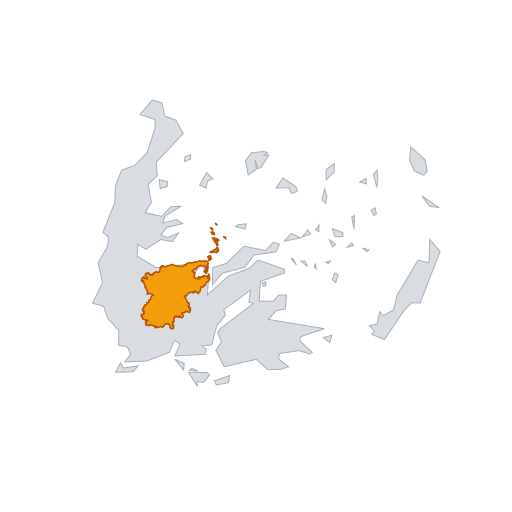 location of Thessalias, Thessalia, Greece, rotated 297°
{"feature_id": "26713481B23289270995723", "entity_name": "Thessalias", "entity_type": "district", "adm_level": 2, "iso_a3": "GRC", "parent_name": "Greece", "parent_adm1": "Thessalia", "projection": "orthographic", "projection_center": [22.955, 39.583], "detail": "fine", "context": "in_parent", "style": "filled", "palette": "amber", "viewbox_px": 512, "rotation_deg": 297, "n_neighbors": 0, "source": "geoboundaries", "source_scale": "gbopen_adm2", "svg_char_len": 9832}
<svg xmlns="http://www.w3.org/2000/svg" viewBox="0 0 512 512"><g transform="rotate(297 256 256)"><path d="M329.4,88.4L347.9,92.8L349.9,102.6L339.3,111.1L340.7,122.9L332.0,135.5L294.2,124.5L282.7,131.5L270.8,127.3L256.3,138.5L244.3,137.5L248.4,153.7L261.4,158.0L266.5,166.8L250.1,156.6L243.2,158.1L252.3,168.7L251.6,176.0L240.8,163.4L231.8,161.5L232.1,168.8L241.3,176.5L230.8,175.0L227.6,163.8L211.9,154.8L212.9,145.4L201.9,150.1L200.4,172.7L228.4,215.2L221.7,218.9L222.0,211.2L212.8,208.8L209.7,211.1L211.5,215.5L214.5,222.4L218.4,222.0L199.3,230.4L225.6,240.6L242.3,255.7L253.3,259.5L257.1,287.3L253.8,289.0L235.4,271.5L217.3,279.3L223.6,292.0L231.4,293.9L235.0,300.8L222.2,306.1L216.5,298.8L205.1,295.8L222.2,349.8L204.7,332.7L200.4,333.4L195.6,349.8L193.2,348.4L191.2,337.2L179.6,321.0L174.7,322.8L172.1,335.3L166.0,329.0L160.1,318.2L164.1,303.1L142.8,277.9L153.9,263.0L163.8,264.2L170.3,256.8L175.3,257.2L212.7,275.3L211.7,270.7L223.0,266.6L193.5,251.6L189.5,255.6L175.8,252.7L156.7,256.9L151.4,248.6L150.2,254.2L145.5,255.5L130.1,229.1L143.3,228.3L143.7,221.7L130.7,222.5L112.8,206.3L102.0,187.0L111.3,188.9L116.6,182.9L114.1,174.1L127.4,167.6L133.4,151.6L142.0,143.0L139.8,131.8L162.6,131.3L178.3,118.5L196.9,119.3L205.5,116.4L207.8,108.8L239.3,106.0L254.8,98.9L271.8,97.4L281.5,106.9L299.3,112.1L324.1,108.0L331.8,104.1L329.4,88.4ZM250.1,394.6L262.7,391.5L260.5,396.4L270.4,403.0L285.1,399.5L325.8,402.2L328.6,413.3L349.6,403.1L343.8,417.9L288.7,423.6L284.9,416.0L275.0,412.7L239.8,408.4L238.8,394.7L242.9,395.7L245.5,388.7L250.1,394.6ZM225.7,222.3L236.0,233.0L259.3,241.0L265.3,262.0L276.5,265.4L277.2,271.7L268.7,271.9L256.1,253.8L241.0,251.3L225.5,233.7L210.8,230.3L225.7,222.3ZM345.9,205.1L352.8,215.7L353.2,219.5L349.4,217.5L351.8,221.4L337.0,220.4L334.8,217.8L341.0,211.8L333.5,217.1L324.6,212.3L336.5,203.3L345.9,205.1ZM409.2,370.0L404.1,368.9L403.6,358.4L411.0,349.4L423.4,344.4L418.6,362.8L409.2,370.0ZM335.8,260.4L332.2,263.3L327.9,259.4L331.6,253.8L325.6,243.1L337.8,244.4L335.8,260.4ZM121.7,248.6L130.0,265.2L128.9,268.7L119.7,266.7L117.1,260.3L113.2,262.9L121.7,248.6ZM104.5,200.8L97.1,199.1L88.6,183.7L99.2,183.8L96.1,188.9L104.5,200.8ZM308.0,174.1L305.2,182.8L301.0,178.7L293.9,180.9L293.6,173.6L308.0,174.1ZM364.9,279.3L374.1,283.9L366.0,287.5L355.6,284.0L364.9,279.3ZM282.3,143.5L277.5,145.3L272.5,140.1L280.0,135.1L282.3,143.5ZM126.0,275.6L137.5,286.8L130.6,288.8L123.1,279.2L126.0,275.6ZM316.2,322.7L312.8,324.7L308.9,317.8L315.1,311.5L316.2,322.7ZM292.0,277.1L292.5,287.6L282.0,274.5L292.0,277.1ZM384.8,376.7L382.2,397.1L379.1,387.9L384.8,376.7ZM127.7,240.7L121.5,243.3L127.2,230.5L127.7,240.7ZM219.8,359.7L212.3,361.0L213.9,353.0L219.8,359.7ZM372.0,332.5L382.1,323.6L387.6,324.8L379.8,329.7L372.0,332.5ZM334.4,294.4L336.4,289.1L346.7,286.8L341.2,292.2L334.4,294.4ZM303.8,314.1L302.6,321.9L298.8,319.8L303.8,314.1ZM302.8,290.4L300.2,294.6L293.8,288.3L302.8,290.4ZM280.2,232.7L275.1,233.8L272.8,224.4L275.9,226.2L280.2,232.7ZM316.7,151.9L312.5,153.3L307.7,149.4L312.1,147.7L316.7,151.9ZM276.6,333.7L276.5,337.6L268.4,339.1L269.6,334.8L276.6,333.7ZM336.8,325.3L324.3,331.2L334.2,323.6L336.8,325.3ZM270.6,290.1L266.3,296.1L269.7,288.5L270.6,290.1ZM312.3,298.0L306.3,301.0L306.4,297.2L312.3,298.0ZM353.0,340.3L348.0,344.2L345.5,342.5L349.3,337.8L353.0,340.3ZM375.0,318.8L370.4,321.8L368.9,314.9L375.0,318.8ZM273.9,301.9L270.0,306.6L271.9,298.7L273.9,301.9ZM127.0,249.9L127.1,256.4L124.0,248.4L127.0,249.9ZM311.1,335.2L309.5,338.1L305.2,333.3L311.1,335.2ZM245.7,218.1L241.3,219.1L238.5,213.5L245.7,218.1ZM237.3,276.8L234.0,278.0L232.2,276.6L234.7,273.6L237.3,276.8ZM276.0,312.6L271.9,315.6L272.5,312.9L276.0,312.6ZM311.5,347.2L312.7,353.8L310.1,352.9L311.5,347.2ZM285.4,324.4L282.0,323.9L282.1,320.9L285.4,324.4Z" fill="#d9dde1" stroke="#a8b0b8" stroke-width="1"/><path d="M182.4,165.0L182.7,165.5L182.7,166.3L182.0,165.6L181.6,165.9L181.4,166.4L181.9,167.2L181.3,167.9L180.8,168.8L178.9,170.6L178.8,171.3L177.8,171.4L177.9,172.2L176.6,172.9L176.4,174.0L176.1,174.7L175.4,175.2L174.6,175.2L174.4,175.9L173.6,176.5L172.8,176.4L173.1,177.1L173.9,177.2L174.5,178.1L174.5,178.6L174.2,179.1L174.5,179.6L174.9,181.1L174.6,181.9L174.5,181.7L171.6,181.1L169.9,181.9L169.0,181.3L168.2,181.4L168.0,180.7L167.3,180.5L166.6,181.3L165.7,181.4L164.9,180.8L164.8,180.2L164.6,180.5L163.5,180.6L163.0,180.4L162.2,179.4L161.1,179.7L159.9,179.0L158.4,179.6L158.0,179.0L156.8,179.4L156.4,179.2L155.6,180.2L156.1,180.4L155.8,181.1L156.0,181.4L155.2,181.8L154.8,181.8L154.5,182.3L154.1,182.3L153.9,181.9L152.7,182.3L152.3,181.5L152.1,180.4L151.0,181.3L150.5,181.0L150.0,181.2L150.0,182.0L149.4,183.1L149.5,183.4L149.0,183.6L148.7,183.4L148.6,183.6L148.5,184.7L148.8,186.0L148.4,187.2L148.8,187.1L149.3,187.5L149.2,188.1L149.5,188.3L149.4,188.9L148.8,188.9L148.5,188.3L147.9,188.3L147.6,187.9L146.8,188.1L146.2,187.8L145.9,188.6L145.4,188.7L145.2,189.3L144.5,189.4L144.5,190.1L145.7,191.2L145.4,192.1L145.6,192.7L146.7,192.8L146.8,193.2L147.4,197.5L146.9,197.8L146.5,198.6L147.1,198.8L147.8,198.6L147.8,199.5L147.0,199.8L147.3,200.4L148.3,201.7L149.7,202.7L150.1,203.8L149.9,204.7L151.2,205.7L154.4,205.9L154.7,206.4L154.8,207.1L155.1,207.2L155.3,207.7L155.3,208.6L155.8,208.8L155.7,209.4L155.1,210.5L154.4,211.2L154.0,211.3L153.8,211.6L153.4,211.8L153.3,212.3L152.8,212.8L152.8,214.0L153.5,214.5L153.6,214.9L154.5,215.3L155.6,214.7L156.5,214.0L156.4,213.3L157.0,213.5L157.2,212.9L158.5,212.3L158.7,211.8L160.3,212.8L160.8,212.7L160.9,212.1L161.4,211.7L162.7,211.6L163.7,210.9L164.0,211.5L165.6,211.1L165.8,212.1L166.3,212.3L165.7,212.8L166.1,214.6L167.8,214.8L167.4,215.4L167.4,216.1L166.9,216.2L167.3,217.4L167.2,217.9L168.6,218.0L168.8,218.6L170.2,217.8L170.6,217.4L170.4,216.8L170.9,216.6L171.2,216.0L172.1,216.1L172.7,217.0L172.7,217.6L173.5,217.6L173.7,218.4L174.9,218.7L175.3,219.6L175.2,220.7L175.6,222.4L177.1,221.8L177.8,222.3L178.3,221.5L178.6,221.6L179.9,221.2L179.4,220.8L179.2,219.7L180.1,219.5L180.5,218.4L181.1,219.2L182.1,218.8L182.7,218.2L183.9,217.6L183.3,216.0L184.5,215.2L184.8,214.4L185.5,213.8L186.4,212.0L187.1,211.6L187.1,211.1L187.3,211.1L187.2,210.8L187.5,210.4L187.8,210.3L188.2,210.9L188.6,212.1L192.6,212.6L193.1,213.1L193.2,214.0L194.5,214.7L194.9,215.6L194.5,216.6L194.7,217.0L195.1,217.2L195.9,216.7L196.4,217.4L196.9,217.4L196.3,218.2L196.6,218.6L196.4,219.1L196.8,219.3L196.8,220.9L196.4,221.5L197.2,221.5L198.3,222.0L199.6,222.1L200.6,222.0L201.5,221.4L202.3,221.4L203.0,221.2L203.8,221.5L203.8,222.2L204.6,223.0L205.6,223.2L206.1,223.0L206.6,223.9L210.3,223.9L210.7,223.7L211.4,224.9L213.2,225.4L214.6,225.1L215.7,224.3L215.8,223.9L216.5,223.8L216.8,223.1L218.0,222.9L218.4,222.2L217.1,222.1L214.3,223.5L214.4,222.3L215.5,222.1L215.6,220.5L214.9,219.5L215.0,218.9L214.2,218.0L213.4,217.5L213.6,218.3L212.9,218.3L212.3,215.8L212.0,215.5L211.5,215.5L211.6,214.6L210.9,214.8L211.1,215.6L210.6,216.3L210.1,216.3L209.0,213.7L208.7,211.7L209.0,210.2L210.9,209.6L211.8,209.7L213.7,209.1L213.0,208.1L213.7,207.0L213.1,206.7L213.2,206.2L213.5,206.1L214.7,206.7L215.6,206.6L216.3,207.4L216.6,208.3L218.0,208.5L218.7,208.3L220.4,208.9L222.1,210.4L222.8,211.6L222.6,212.3L223.2,213.7L224.1,214.6L224.3,215.2L223.9,216.1L223.9,216.6L223.5,216.7L223.1,216.1L222.6,216.2L222.6,217.6L222.3,217.7L221.6,217.4L221.5,217.5L221.8,218.0L221.2,217.9L219.9,219.0L219.5,219.1L219.5,218.8L220.3,217.5L219.9,216.3L218.5,217.0L218.3,218.2L217.8,219.2L218.5,219.4L218.6,219.7L219.8,219.5L220.5,219.7L220.9,219.2L221.9,219.3L222.5,218.8L224.2,218.6L224.4,218.4L223.7,218.1L224.0,217.6L225.3,217.6L226.3,216.9L227.3,217.0L228.2,216.4L229.0,215.3L229.3,214.6L228.6,213.5L228.5,212.7L228.0,212.2L228.0,211.7L226.6,210.3L226.7,209.6L226.3,209.3L226.3,208.3L225.5,207.3L225.0,207.1L223.7,205.9L223.2,204.4L222.2,203.6L220.2,201.1L219.5,199.2L217.7,197.8L216.5,197.8L216.0,196.8L215.1,196.6L213.1,195.0L212.2,193.0L210.7,187.7L210.2,184.5L208.7,183.6L207.1,181.7L205.8,181.0L205.0,179.0L205.1,177.6L204.7,176.8L203.0,175.7L203.6,176.6L203.1,177.2L202.7,176.3L201.6,175.9L200.7,176.7L198.1,177.1L197.4,176.5L197.1,176.6L196.8,176.0L196.8,175.0L196.4,174.7L196.7,174.1L196.5,173.9L195.5,173.6L194.3,172.5L193.5,172.7L193.1,172.0L192.3,172.5L192.2,172.0L191.7,171.8L191.6,171.2L191.1,171.1L191.2,170.5L191.5,170.4L191.8,169.7L192.1,167.6L191.5,167.6L191.2,168.1L191.1,167.5L191.4,166.7L190.2,165.5L188.9,165.9L188.2,166.6L188.0,167.5L187.2,168.9L186.2,169.4L186.2,168.9L185.9,168.1L186.0,167.1L185.4,167.2L185.2,166.9L185.6,166.1L186.5,165.7L186.0,165.0L185.0,164.7L182.4,165.0ZM243.4,216.5L240.4,215.1L240.1,214.3L239.3,214.1L239.2,213.4L238.6,213.5L238.4,213.8L239.9,216.6L240.5,217.0L240.9,217.8L241.1,219.5L242.6,219.4L242.9,219.6L243.0,220.1L243.6,220.3L244.3,219.6L245.2,219.4L246.2,217.7L245.7,217.3L244.7,217.3L244.2,217.3L243.9,217.9L243.6,217.5L243.4,216.5ZM249.7,215.8L251.0,214.9L251.5,213.5L253.4,210.6L252.4,210.1L252.2,209.3L250.8,211.4L250.7,212.2L249.7,212.9L249.4,213.6L249.2,214.2L249.5,215.0L248.3,216.0L247.7,216.0L247.5,216.5L248.7,217.1L249.7,215.8ZM235.5,215.4L235.2,214.5L233.5,213.4L232.7,214.2L232.8,214.9L230.6,216.1L230.8,216.6L231.3,216.5L232.0,217.0L232.8,216.9L233.0,217.4L233.5,217.5L233.6,217.4L233.4,216.8L234.0,215.9L234.8,215.7L235.1,215.9L235.5,215.4ZM256.5,206.7L256.9,205.9L256.7,205.4L255.7,206.7L255.6,207.7L255.8,207.9L256.2,207.7L256.5,208.0L256.1,208.2L255.8,208.6L256.6,209.2L257.6,208.3L257.8,206.4L257.0,206.1L256.5,206.7ZM253.0,211.8L252.7,212.9L253.2,214.1L251.7,214.8L252.4,215.5L253.3,215.6L253.6,214.7L253.4,214.2L253.7,213.4L253.3,213.2L253.3,212.3L253.0,211.8ZM260.1,205.6L261.0,203.9L260.7,203.5L260.7,202.3L260.0,203.7L259.9,204.7L259.2,205.3L260.1,205.6ZM258.0,220.9L259.0,220.4L258.6,219.7L258.7,218.7L257.9,219.1L258.3,220.2L258.0,220.9ZM266.6,205.3L266.3,205.3L265.9,206.8L266.0,207.1L266.4,207.0L266.6,205.3Z" fill="#f59e0b" stroke="#b45309" stroke-width="1.5"/></g></svg>